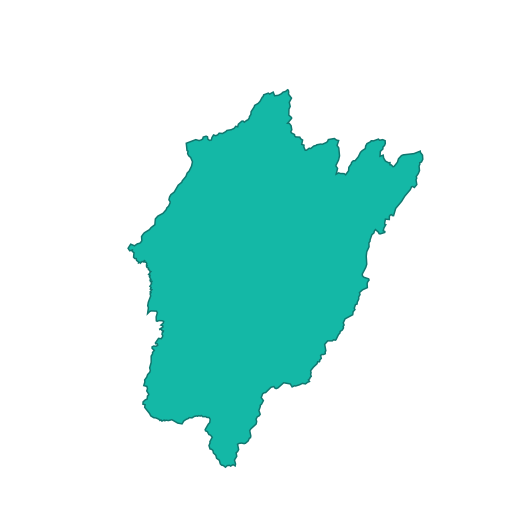 the district of Paucartambo, Cusco, Peru, rotated 223°
{"feature_id": "86281439B72784044291382", "entity_name": "Paucartambo", "entity_type": "district", "adm_level": 2, "iso_a3": "PER", "parent_name": "Peru", "parent_adm1": "Cusco", "projection": "equal_earth", "projection_center": [-71.544, -13.17], "detail": "fine", "context": "isolated", "style": "filled", "palette": "teal", "viewbox_px": 512, "rotation_deg": 223, "n_neighbors": 0, "source": "geoboundaries", "source_scale": "gbopen_adm2", "svg_char_len": 6101}
<svg xmlns="http://www.w3.org/2000/svg" viewBox="0 0 512 512"><g transform="rotate(223 256 256)"><path d="M188.4,409.6L189.4,412.7L188.8,413.7L186.9,414.1L187.1,417.9L191.0,420.9L191.5,422.5L193.0,423.4L193.5,426.9L194.7,430.0L198.1,433.0L198.7,434.8L199.9,435.9L199.1,437.6L200.0,440.5L203.0,443.3L206.5,443.9L207.4,444.7L210.3,438.6L217.3,430.4L218.1,428.6L218.1,424.3L216.5,421.0L216.1,415.7L216.7,414.7L219.1,414.9L220.3,414.1L221.7,415.7L222.7,414.6L226.0,413.7L229.5,414.7L231.8,416.5L233.3,413.5L236.4,417.3L236.2,420.8L237.4,422.1L237.4,424.5L238.2,426.5L240.2,428.4L242.7,427.5L244.6,424.9L246.2,425.0L248.6,420.3L250.3,418.9L250.3,417.2L251.5,413.9L250.8,411.2L249.3,409.1L250.2,405.5L250.3,403.1L248.8,398.3L248.5,393.3L249.8,391.9L249.9,389.6L249.1,388.2L248.6,384.2L246.4,381.4L245.9,376.5L247.8,376.3L250.5,373.9L252.3,373.1L253.2,370.5L256.1,375.7L258.9,376.3L259.4,377.0L261.1,382.5L263.2,386.2L269.2,391.5L272.1,392.1L274.3,396.8L276.1,395.7L278.8,395.4L282.5,390.5L281.8,388.6L281.9,387.1L283.7,382.9L285.0,382.0L287.4,378.8L287.4,378.0L288.8,375.7L289.2,372.0L290.6,371.1L291.2,367.8L292.1,366.9L295.3,368.3L296.5,369.8L298.7,368.8L301.0,372.6L303.4,372.2L305.0,372.8L308.3,370.1L309.6,370.2L310.7,371.1L314.0,370.2L315.3,370.6L315.9,372.7L319.2,375.2L322.0,375.7L323.5,374.6L323.8,380.9L324.5,381.5L328.1,381.4L332.0,385.8L333.0,388.7L336.5,391.1L337.7,395.7L342.6,396.5L343.8,398.1L345.4,399.3L346.3,399.1L346.6,396.6L348.0,394.2L348.1,392.0L349.2,388.8L351.7,385.9L355.2,387.6L356.5,383.7L358.1,383.5L360.3,379.1L359.5,377.4L359.7,376.4L358.5,371.8L358.5,369.1L359.7,365.2L359.0,363.8L358.0,358.2L356.3,356.1L355.8,353.3L354.9,352.2L354.8,349.8L355.3,348.9L355.8,345.9L357.4,345.9L358.3,345.0L358.8,340.4L357.5,338.0L359.3,337.0L359.0,334.6L360.2,331.5L362.9,328.0L362.9,326.5L364.0,322.8L366.7,320.7L366.6,318.5L367.5,316.5L369.6,315.6L369.0,312.6L367.8,310.4L368.7,308.9L370.8,308.6L372.8,310.1L374.2,309.6L375.7,307.0L374.8,305.2L375.2,303.6L376.3,301.6L379.4,300.0L383.9,290.9L378.4,286.1L377.2,286.3L375.8,284.2L373.5,283.4L371.0,283.5L366.7,281.6L364.4,277.7L362.8,272.5L362.9,269.7L361.5,266.4L361.2,260.8L360.6,259.3L361.2,254.8L359.4,247.0L360.1,242.9L359.5,240.3L358.0,237.7L355.9,237.2L355.0,236.2L353.9,232.9L354.0,230.2L353.3,228.8L353.1,223.9L355.0,218.2L354.9,214.5L351.3,209.9L352.1,205.3L351.9,202.6L353.5,196.8L353.4,194.9L353.0,192.2L349.9,189.3L349.6,187.1L349.8,185.9L351.1,184.0L351.8,180.6L355.7,179.2L354.8,174.4L351.9,173.7L350.5,176.1L349.7,175.0L347.5,175.2L344.7,171.6L342.9,171.5L341.8,172.4L340.3,171.3L337.9,171.6L337.2,170.8L336.5,172.3L335.7,172.0L335.6,174.3L334.3,174.9L334.6,176.5L334.2,176.7L333.5,175.6L331.9,176.5L330.7,176.0L329.9,174.6L329.1,174.7L329.0,173.8L327.9,173.3L326.3,173.8L325.4,172.7L324.2,173.0L322.7,172.3L322.3,172.7L321.9,169.4L321.2,169.9L320.9,169.2L319.9,169.2L319.9,168.2L317.2,167.3L317.1,166.2L316.4,166.6L315.8,165.4L314.8,166.3L314.2,164.7L313.4,164.4L312.9,161.4L311.3,161.5L310.7,159.7L309.2,160.3L308.9,157.5L307.8,157.6L307.6,156.1L305.8,155.0L303.2,148.7L301.3,145.8L299.4,144.8L296.0,139.9L295.9,142.9L295.2,144.4L291.2,147.8L289.4,147.2L287.5,143.4L284.7,140.6L283.8,140.8L282.9,142.6L280.4,144.7L278.9,145.2L278.1,143.8L278.4,140.6L276.5,141.3L275.6,140.4L276.6,136.9L276.1,136.7L275.4,138.0L274.0,137.4L272.6,138.1L272.1,137.3L272.5,136.5L271.4,134.6L270.2,134.4L269.2,133.0L268.9,130.9L271.1,129.3L270.3,123.8L269.6,123.4L268.2,124.5L267.0,123.6L267.6,121.7L269.4,120.4L270.0,118.6L269.0,117.6L266.0,117.6L265.9,114.9L264.9,113.9L264.4,111.3L260.1,106.7L257.5,101.7L255.2,100.2L254.4,98.5L254.4,95.4L253.3,92.9L252.9,89.4L251.4,88.1L249.7,84.7L246.9,86.2L244.9,85.0L243.9,82.8L240.2,81.8L239.8,81.1L239.9,79.6L238.1,77.2L238.9,75.1L239.1,72.3L237.6,70.5L235.7,71.6L234.2,69.4L226.3,68.2L223.9,67.3L220.5,68.0L218.8,69.3L215.6,70.4L214.1,70.2L213.8,71.3L212.2,71.1L211.3,73.4L210.3,73.3L209.8,74.6L207.8,75.9L205.9,78.9L199.3,80.4L195.6,82.8L196.3,86.0L195.7,88.8L194.6,91.2L194.7,92.2L192.4,94.0L191.7,96.6L190.3,98.6L189.4,99.0L189.0,100.2L187.6,100.9L187.3,102.0L185.3,102.2L183.3,104.2L181.8,104.5L180.1,105.9L178.1,105.3L176.2,102.6L176.2,100.5L174.8,94.4L173.7,93.7L171.8,94.4L168.7,93.3L167.1,94.0L164.4,93.6L163.1,88.8L162.1,87.9L161.1,85.3L158.0,83.5L156.8,84.3L154.9,84.4L152.8,82.9L149.5,82.9L146.9,81.2L143.5,81.6L140.3,79.6L138.5,79.6L137.0,80.5L134.3,80.7L134.1,83.1L132.5,84.9L131.3,85.0L130.5,87.8L128.1,88.3L129.1,89.9L132.6,92.1L133.5,96.4L136.3,98.5L136.1,100.3L136.7,102.6L141.1,105.7L140.6,107.4L139.0,109.3L136.7,110.7L136.0,111.9L135.6,115.4L136.6,118.3L136.1,119.3L137.0,120.8L141.5,124.0L141.9,126.0L141.3,133.1L142.6,135.4L144.7,136.7L145.4,139.3L144.7,141.3L145.0,143.1L148.5,145.0L150.2,148.8L151.1,149.7L150.9,151.4L152.0,155.3L155.6,156.0L157.2,159.8L156.8,161.4L155.8,162.7L155.5,170.3L153.9,172.7L151.9,172.3L150.8,172.8L150.0,174.5L149.3,182.2L143.7,185.8L140.3,184.9L139.3,187.4L138.4,187.9L136.3,191.6L135.2,194.5L132.6,196.2L132.2,198.7L131.3,200.7L133.2,201.2L133.0,202.8L133.6,204.1L133.5,205.6L135.6,206.9L136.0,208.1L137.8,209.3L138.2,213.8L137.9,218.8L138.8,220.7L137.6,221.7L137.6,222.4L138.5,223.7L138.4,225.6L140.9,227.3L140.7,228.8L139.5,229.9L138.7,231.8L140.0,233.0L140.3,234.3L145.5,238.2L145.7,242.8L142.3,246.0L142.1,247.7L140.6,248.5L140.4,249.3L142.1,254.8L142.1,256.9L143.0,258.2L142.4,260.8L143.0,263.1L144.2,263.9L144.5,265.6L146.6,266.6L148.0,270.8L145.2,279.0L147.0,281.5L147.1,284.3L148.5,284.8L150.1,288.3L149.3,289.8L150.5,291.3L151.5,294.6L153.0,296.1L153.6,298.7L155.4,299.8L155.0,304.0L153.0,308.8L155.9,311.6L156.7,313.2L156.9,315.5L158.0,316.1L162.7,314.0L164.6,314.1L166.0,315.3L167.9,322.4L169.4,325.5L175.2,331.0L177.9,334.6L179.6,339.8L182.4,342.6L182.7,344.6L183.6,345.6L185.8,350.6L185.5,353.3L186.4,354.8L186.7,356.8L182.9,356.9L181.2,356.3L180.3,356.8L177.9,361.0L178.5,361.8L180.2,361.2L181.6,363.9L182.4,367.3L183.1,366.8L184.4,367.9L186.5,371.2L183.4,373.6L185.6,376.1L185.7,377.8L185.0,378.8L183.9,378.5L182.9,379.3L186.3,386.1L186.8,395.2L188.0,401.2L188.4,409.6Z" fill="#14b8a6" stroke="#0f766e" stroke-width="1.5"/></g></svg>